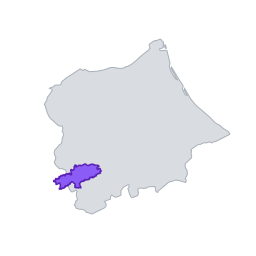 location of Bagoue, Savanes, Ivory Coast, rotated 245°
{"feature_id": "98640826B26044148659027", "entity_name": "Bagoue", "entity_type": "district", "adm_level": 2, "iso_a3": "CIV", "parent_name": "Ivory Coast", "parent_adm1": "Savanes", "projection": "natural_earth1", "projection_center": [-6.474, 9.903], "detail": "fine", "context": "in_parent", "style": "filled", "palette": "violet", "viewbox_px": 256, "rotation_deg": 245, "n_neighbors": 0, "source": "geoboundaries", "source_scale": "gbopen_adm2", "svg_char_len": 8064}
<svg xmlns="http://www.w3.org/2000/svg" viewBox="0 0 256 256"><g transform="rotate(245 128 128)"><path d="M69.1,54.5L69.9,54.5L71.7,53.9L73.4,52.5L75.0,49.5L77.1,47.1L79.5,47.3L80.2,46.8L81.0,46.7L82.0,48.3L83.1,49.5L83.8,49.5L84.3,51.8L88.7,52.8L90.5,53.4L92.1,55.0L92.7,55.1L93.3,54.7L93.8,54.2L93.9,53.5L93.3,52.0L93.6,50.7L94.3,49.5L95.4,49.4L97.1,49.1L99.0,49.1L100.5,49.3L101.1,48.1L100.5,44.7L100.7,42.9L100.9,41.3L101.4,40.6L103.6,42.6L105.6,43.3L107.0,43.4L107.4,43.0L106.8,40.9L106.9,40.2L107.5,39.8L108.4,39.6L110.9,38.7L111.2,38.9L111.7,42.3L111.4,43.4L112.0,45.7L112.6,47.9L112.6,48.7L112.0,50.0L111.4,51.3L111.5,51.8L112.5,52.6L114.4,53.4L116.4,53.6L117.5,52.4L118.7,51.4L119.5,50.5L119.7,49.1L121.0,48.2L124.6,46.9L127.9,46.7L128.7,47.1L130.2,49.0L132.2,50.3L135.1,50.1L137.2,50.9L139.0,52.3L140.2,55.5L141.5,57.8L142.1,61.1L144.2,62.8L145.9,63.6L148.1,66.0L150.5,67.2L152.9,66.9L154.0,68.1L155.8,69.0L157.6,69.1L159.1,66.3L161.2,65.2L166.5,63.1L168.5,62.1L170.6,61.4L175.7,61.2L180.4,61.9L182.7,62.4L184.3,62.0L185.9,63.4L187.4,66.1L188.7,67.0L190.0,67.9L191.0,70.1L192.2,72.2L192.8,73.1L194.2,75.3L195.4,75.3L196.6,74.4L197.1,73.7L197.4,75.1L196.9,77.3L197.0,78.7L197.7,79.3L197.3,81.1L195.9,84.1L195.9,86.0L197.3,86.5L198.3,88.4L198.9,91.7L199.5,92.8L199.5,93.5L200.6,101.5L201.8,109.5L201.0,110.5L200.0,110.8L199.3,111.2L199.1,111.9L199.5,113.0L199.2,114.0L197.9,114.7L195.0,117.3L194.8,118.3L194.0,120.4L193.4,121.7L192.4,124.2L190.9,130.7L190.3,136.0L190.3,137.7L189.7,138.8L189.0,140.5L185.8,145.1L184.2,148.9L184.4,150.5L184.5,152.1L184.0,153.3L184.1,156.5L184.5,159.2L185.1,161.8L187.4,169.1L188.6,173.6L189.4,177.2L190.0,179.7L190.7,180.6L190.9,181.6L194.3,182.2L195.0,182.8L195.9,187.5L195.8,189.6L195.1,190.4L195.1,192.2L195.0,194.5L194.5,195.3L192.6,195.5L191.3,196.3L189.6,196.0L189.4,195.4L188.5,195.2L185.9,193.9L186.3,189.9L185.2,189.7L184.2,190.2L182.5,195.1L181.6,196.0L168.9,193.4L166.1,191.4L162.9,190.9L157.1,191.2L152.4,191.8L151.0,193.0L163.0,192.3L164.3,192.4L164.9,193.2L149.7,194.8L144.0,195.8L142.2,195.5L140.9,193.9L134.7,193.7L133.4,194.2L132.6,195.4L135.1,195.2L139.0,195.1L140.0,196.0L127.8,197.1L119.4,199.3L115.8,201.0L104.0,206.3L96.8,208.9L94.9,209.8L91.6,212.4L87.4,214.1L82.7,217.2L79.8,217.9L79.2,216.9L79.1,211.7L78.7,204.7L78.8,202.0L79.2,199.5L79.2,197.4L80.7,196.6L81.0,195.7L81.3,193.0L82.6,190.5L82.6,186.2L83.0,185.3L83.3,184.2L82.8,181.3L82.0,176.0L81.7,175.7L81.3,175.9L80.6,176.0L77.6,174.1L75.3,173.8L73.7,172.2L73.6,170.5L72.8,169.4L72.3,167.3L71.5,164.9L69.2,163.5L67.1,163.2L65.6,163.5L63.9,163.4L61.8,162.6L60.4,161.7L59.1,159.9L57.9,158.5L56.9,158.7L55.7,158.4L54.6,157.8L54.2,157.3L59.1,151.7L60.8,149.0L60.9,147.4L61.0,145.7L61.5,144.0L61.6,141.4L58.9,131.9L58.2,128.9L57.5,128.1L57.1,127.7L58.4,126.5L60.3,126.8L63.2,127.8L63.8,126.9L66.0,122.1L66.0,120.3L65.8,119.1L67.1,115.8L68.1,114.5L68.6,113.1L68.4,111.3L67.7,110.6L66.7,110.7L65.4,110.2L63.6,109.2L62.7,108.2L62.9,103.9L63.1,102.5L63.8,101.8L64.8,101.5L67.7,101.4L70.0,101.9L72.0,102.2L73.1,102.2L74.0,103.5L75.2,104.8L76.2,104.8L76.6,103.8L76.3,99.5L75.6,97.3L74.1,95.1L70.1,93.2L70.0,90.6L70.4,87.8L71.2,86.7L74.2,85.0L73.7,84.0L72.8,83.0L70.9,81.9L71.3,78.5L71.4,75.5L69.8,75.9L68.1,76.0L66.7,75.1L65.6,73.3L65.4,68.3L65.4,62.4L65.2,59.9L65.6,58.5L67.0,57.2L68.6,55.6L69.1,54.5ZM187.9,196.0L187.3,197.1L184.0,196.4L184.8,195.5L187.9,196.0Z" fill="#d9dde1" stroke="#a8b0b8" stroke-width="1"/><path d="M112.5,52.3L112.4,52.2L112.4,51.7L112.1,51.7L111.8,51.5L111.8,50.9L111.4,50.5L111.8,50.2L112.0,50.1L112.3,50.4L112.4,50.5L112.5,50.4L112.5,50.1L112.7,49.9L112.4,49.5L112.4,49.4L113.0,48.6L112.9,48.5L112.7,48.4L112.5,48.1L112.6,47.7L112.6,47.4L112.8,47.3L113.1,47.4L113.2,47.1L112.8,46.7L112.6,46.5L112.5,45.8L112.7,45.5L113.0,45.3L113.1,45.1L112.8,44.9L112.1,44.9L112.1,44.5L111.9,44.2L111.7,44.2L111.6,44.4L111.3,44.4L111.1,44.3L111.1,44.0L111.2,43.6L111.4,43.4L111.6,43.4L111.9,43.0L112.1,42.6L111.8,42.5L112.0,42.2L111.9,42.1L111.7,42.1L111.6,41.8L111.6,41.6L111.8,41.4L112.2,41.4L112.5,41.1L112.2,41.0L111.9,40.7L111.6,40.5L111.4,40.4L111.4,40.2L111.5,39.5L111.4,39.3L111.8,38.9L111.8,38.7L111.6,38.5L111.4,38.4L110.9,38.1L109.4,39.7L108.8,39.6L108.1,39.3L107.8,39.2L107.5,39.0L107.2,39.2L107.1,39.3L107.1,39.5L107.1,40.9L107.3,42.2L106.8,42.9L106.6,43.0L106.1,42.8L105.9,42.8L105.5,42.6L104.9,42.7L104.7,42.6L104.0,42.4L103.9,42.0L103.5,41.7L103.3,41.6L103.0,41.6L102.8,41.4L102.5,41.1L102.4,40.5L102.2,40.2L101.7,40.0L101.4,40.3L101.4,40.7L101.4,40.8L101.6,41.0L101.6,41.3L101.4,41.4L101.2,41.3L101.0,41.5L100.9,42.0L101.2,42.5L101.1,42.8L101.0,43.1L101.1,43.4L101.0,43.6L101.2,43.9L101.2,44.0L100.9,44.1L100.8,44.4L100.9,44.6L100.9,44.8L100.8,45.1L100.8,45.3L100.9,45.5L100.9,45.8L101.0,46.0L101.6,46.2L101.6,46.5L102.0,46.6L102.0,46.8L102.0,47.1L101.6,47.7L101.5,47.8L101.6,48.1L101.6,48.7L101.2,49.0L101.3,49.1L101.4,49.3L101.5,49.4L101.5,49.5L101.4,49.7L101.6,50.0L101.6,50.3L101.8,50.3L101.8,50.5L102.0,50.4L102.0,50.6L101.9,50.7L101.9,50.9L102.0,50.9L102.0,51.0L101.9,51.1L101.9,51.4L101.9,51.6L101.9,52.0L101.9,51.9L102.0,52.0L101.9,52.1L102.0,52.2L102.0,52.3L102.4,52.5L102.6,52.4L102.7,52.5L102.8,52.5L102.8,53.8L102.9,54.2L103.1,54.4L103.0,54.6L102.4,55.1L100.9,55.7L100.1,56.3L99.2,56.4L98.9,56.3L98.2,55.4L97.8,55.3L97.6,55.3L97.4,55.5L97.3,55.4L97.1,55.2L97.1,55.4L97.1,55.5L96.7,55.5L96.4,55.6L96.2,55.8L96.0,55.7L96.0,55.8L95.9,56.1L95.6,56.2L95.5,56.4L95.4,56.5L95.2,56.9L95.1,57.1L94.9,57.3L94.7,57.6L94.8,57.8L94.7,57.9L94.8,58.1L94.8,58.4L94.6,58.6L94.6,58.9L94.4,59.1L94.1,59.3L93.9,59.7L93.8,60.0L94.7,60.3L95.8,60.2L96.4,60.2L96.6,60.3L97.1,60.4L97.7,60.4L98.1,60.4L98.4,61.3L98.8,61.8L99.1,62.4L99.0,62.7L99.2,62.8L99.3,63.0L99.3,63.4L99.3,63.7L99.2,63.8L98.9,63.9L98.9,64.4L99.0,64.6L99.0,64.9L98.6,65.1L98.5,65.4L98.4,65.5L98.5,65.6L99.2,66.0L99.3,66.1L99.1,66.5L98.8,67.3L99.3,67.5L99.2,67.6L98.9,67.8L98.8,68.0L98.7,68.2L98.8,68.5L98.7,68.7L98.5,68.8L98.2,69.4L98.0,70.2L98.1,70.5L98.1,70.8L97.9,71.0L98.0,71.2L98.2,71.3L98.2,71.5L98.5,71.4L98.8,72.1L99.3,72.4L99.3,72.8L99.2,72.9L99.2,73.2L98.9,73.3L98.9,73.5L98.7,73.6L98.8,73.9L98.7,74.1L98.3,74.5L97.9,75.0L98.7,75.4L98.3,75.8L98.1,75.8L97.9,76.1L97.9,76.6L97.9,77.0L98.1,77.1L98.1,77.3L98.3,77.3L98.2,78.0L98.4,78.2L98.2,78.5L98.2,78.9L98.1,79.1L98.3,79.3L98.8,79.2L99.1,79.4L99.3,79.5L99.2,80.2L99.2,81.5L99.1,81.8L99.1,82.0L98.9,82.2L98.9,82.6L99.2,82.9L99.3,83.1L99.0,83.6L98.9,83.9L99.5,83.9L99.8,84.0L100.0,84.2L100.3,84.4L100.4,84.6L100.3,84.8L100.3,85.0L100.3,85.5L100.8,85.5L101.5,85.3L102.2,85.5L102.5,85.5L102.8,85.4L103.1,85.4L103.3,85.3L103.5,85.1L103.7,84.3L103.6,84.2L103.4,84.1L103.3,83.6L103.5,83.3L103.4,83.1L103.5,82.8L103.8,82.7L104.2,82.9L104.3,82.9L105.1,83.1L105.2,83.6L105.6,84.9L105.7,85.5L106.3,85.3L106.5,85.3L106.9,84.8L107.1,84.6L107.3,84.2L107.4,83.9L107.5,83.6L108.2,82.8L108.6,82.0L108.9,81.7L108.9,81.4L109.0,81.3L109.4,81.4L109.7,81.3L109.8,81.0L110.1,80.7L110.2,80.2L110.5,79.7L110.8,78.8L110.8,78.5L110.6,78.2L110.8,77.8L110.8,77.6L110.6,77.2L110.8,76.8L110.8,76.1L110.9,75.7L111.7,75.1L112.3,74.8L112.6,74.6L113.2,74.4L113.3,74.2L113.6,73.5L113.7,72.9L113.6,72.7L113.6,72.4L113.5,72.0L113.6,71.1L113.5,70.3L113.5,69.8L113.7,69.5L114.3,68.9L114.5,68.9L114.7,68.0L115.0,67.4L114.6,66.2L114.6,65.4L114.7,64.6L114.9,64.3L115.0,64.2L115.5,65.0L116.1,65.2L116.6,64.7L116.7,64.2L116.3,63.9L115.9,63.1L115.6,62.9L115.4,62.9L115.0,62.5L114.1,62.2L113.7,61.7L113.0,61.2L112.9,60.6L113.0,60.0L113.2,59.9L113.9,59.6L114.3,59.1L114.3,58.6L114.2,58.4L113.9,58.2L113.6,58.1L111.8,57.9L110.9,57.5L110.6,57.5L110.6,57.4L110.4,57.2L110.2,56.7L109.8,56.7L109.7,56.7L109.8,56.5L110.0,56.6L110.2,56.4L110.2,56.0L110.3,56.0L110.2,56.2L110.4,56.6L110.7,56.8L110.9,56.8L110.9,56.2L111.0,55.8L110.9,55.7L110.6,55.9L110.7,55.7L110.9,55.4L111.1,55.2L111.4,55.2L111.5,55.5L111.4,55.7L111.6,55.9L111.8,55.7L111.8,54.9L111.7,54.9L111.4,54.8L111.4,54.7L111.6,54.4L111.9,54.1L112.0,54.0L112.1,53.9L112.2,53.6L111.8,53.3L111.9,52.7L112.1,52.6L112.3,52.8L112.4,52.5L112.5,52.3Z" fill="#8b5cf6" stroke="#5b21b6" stroke-width="1.5"/></g></svg>